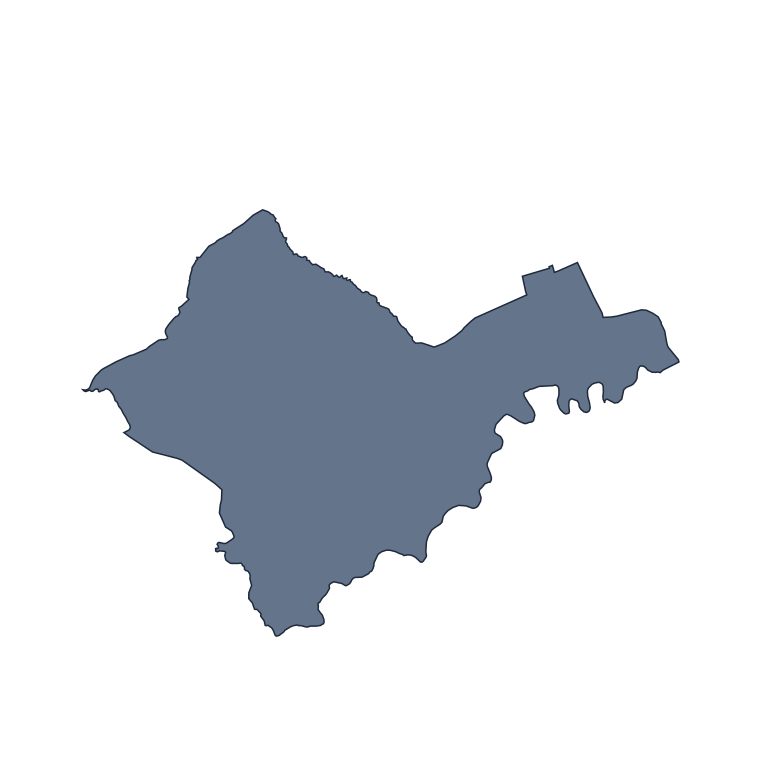 outline of Progreso de Obregón, Hidalgo, Mexico, rotated 250°
{"feature_id": "50627088B79167311064523", "entity_name": "Progreso de Obregón", "entity_type": "district", "adm_level": 2, "iso_a3": "MEX", "parent_name": "Mexico", "parent_adm1": "Hidalgo", "projection": "mercator", "projection_center": [-99.182, 20.304], "detail": "fine", "context": "isolated", "style": "filled", "palette": "slate", "viewbox_px": 768, "rotation_deg": 250, "n_neighbors": 0, "source": "geoboundaries", "source_scale": "gbopen_adm2", "svg_char_len": 6169}
<svg xmlns="http://www.w3.org/2000/svg" viewBox="0 0 768 768"><g transform="rotate(250 384 384)"><path d="M565.7,339.5L570.4,339.7L571.7,339.3L573.7,337.7L575.0,337.6L576.3,338.9L578.2,338.1L580.7,337.7L582.6,335.6L584.0,335.1L586.2,333.2L589.2,329.5L587.4,318.8L582.7,307.1L579.9,294.5L578.7,293.3L577.8,290.2L578.0,288.7L576.5,282.4L576.3,279.1L575.6,276.0L574.4,273.7L573.4,266.6L565.9,254.4L567.0,251.3L566.7,251.1L565.1,251.7L564.1,249.2L562.9,248.4L559.1,243.5L557.1,242.6L551.3,238.4L548.7,237.3L547.6,236.2L546.0,236.0L540.9,232.4L533.2,228.5L530.3,229.7L526.5,220.5L525.8,217.3L524.2,216.8L521.3,216.8L519.9,215.6L518.4,213.3L518.5,211.5L517.5,209.0L513.6,202.2L510.6,198.1L508.8,196.7L506.7,196.1L501.6,196.5L500.7,195.6L500.8,192.6L501.9,189.8L502.2,187.1L499.5,176.2L498.0,172.7L497.2,157.7L497.6,154.7L496.5,139.7L494.4,125.5L493.8,123.0L490.3,115.6L487.2,111.6L481.6,106.5L480.7,105.2L480.3,103.7L480.4,101.3L481.6,99.1L480.0,99.8L478.9,101.2L478.9,104.3L478.6,105.8L477.2,106.4L476.8,108.2L477.8,110.8L477.2,113.3L475.6,113.5L474.6,113.2L473.9,114.1L474.2,115.9L474.0,118.4L474.7,120.8L474.0,122.2L471.8,124.2L467.3,125.6L464.5,126.0L460.3,125.7L458.3,127.0L453.6,127.2L449.8,128.5L446.2,128.8L440.5,130.0L436.6,130.3L433.2,131.0L431.6,131.0L429.9,130.8L428.0,128.8L427.3,123.0L421.8,126.6L399.3,143.2L384.9,164.2L381.5,168.2L348.4,191.1L340.1,195.5L330.6,191.6L326.4,188.8L319.1,185.2L303.8,186.2L298.4,190.3L296.7,190.8L292.1,191.0L290.9,190.2L290.2,188.9L288.3,181.2L288.8,179.1L291.6,174.8L291.5,173.5L290.4,172.3L288.1,172.8L286.8,172.4L286.4,171.2L287.0,170.2L286.9,169.5L284.6,168.7L283.3,170.0L283.4,172.6L281.2,177.0L280.5,177.5L279.8,177.5L277.3,175.7L273.5,175.2L272.3,175.4L268.5,178.0L267.6,179.2L265.2,185.7L264.9,187.7L264.3,188.5L262.7,189.1L262.0,188.9L260.1,190.2L257.7,189.6L256.1,190.1L255.4,191.4L254.1,192.4L251.1,192.9L248.6,192.3L247.1,191.4L240.0,190.7L234.1,185.6L228.6,183.5L223.3,185.4L216.8,185.3L216.2,185.8L215.8,187.3L215.0,187.9L210.7,189.6L209.5,189.7L208.8,189.0L208.0,188.7L202.4,190.4L197.8,189.8L197.2,190.5L196.9,192.5L193.1,195.1L189.4,195.8L185.5,195.7L183.9,196.5L183.6,199.4L185.3,204.9L186.5,206.7L187.8,213.1L187.9,216.3L187.2,220.1L186.0,221.3L185.4,223.3L182.5,227.4L181.7,229.3L181.7,231.9L179.6,237.8L178.8,242.0L179.3,243.5L179.4,245.1L180.6,246.2L183.3,247.0L187.9,247.0L191.6,245.7L194.2,245.1L195.6,245.2L197.7,246.4L199.9,246.7L200.7,247.6L200.7,248.7L203.3,251.9L204.8,254.3L205.6,256.6L207.4,259.2L210.5,262.8L213.5,263.6L214.1,264.1L214.9,265.9L215.3,269.2L211.0,276.1L208.0,278.5L207.4,279.3L208.0,283.1L209.1,284.9L211.0,286.8L211.9,288.7L212.2,290.4L210.0,297.3L211.0,304.6L212.3,306.6L212.4,308.4L214.5,310.7L216.8,312.4L218.2,312.8L220.0,314.1L225.4,319.5L226.0,320.2L227.2,324.4L227.0,329.7L225.7,332.8L222.6,337.4L219.2,340.8L217.8,342.8L216.0,344.0L215.4,347.6L214.0,350.8L211.4,353.5L210.0,354.5L204.2,357.4L203.6,358.9L204.0,360.2L207.0,364.4L208.1,365.2L211.7,365.8L221.2,369.9L225.8,373.4L230.4,378.8L231.6,382.2L233.1,388.8L234.2,391.1L239.4,394.4L241.3,397.1L243.2,400.9L244.4,406.3L244.4,412.7L241.4,419.4L237.0,424.7L236.5,426.1L236.5,428.8L237.4,430.8L239.2,432.9L240.9,434.7L243.9,436.3L250.2,436.6L252.1,437.7L253.1,440.2L255.8,444.8L255.9,448.4L255.5,450.4L257.3,452.1L259.3,452.9L263.1,453.2L271.9,452.9L274.2,453.9L275.8,455.3L281.5,461.0L282.0,462.1L283.4,471.7L286.1,474.3L289.5,476.0L291.6,476.1L294.8,475.5L299.3,472.0L300.5,471.5L303.2,472.1L307.7,475.4L313.1,485.8L313.6,488.3L313.4,489.4L311.0,492.0L302.5,498.5L298.9,502.3L298.2,504.2L298.3,506.9L297.8,510.2L298.5,512.0L303.1,515.1L306.5,515.5L311.7,514.7L315.8,513.4L324.1,511.7L326.9,511.9L327.7,512.2L328.4,513.3L328.4,516.8L329.1,519.0L328.6,522.1L328.7,528.9L324.7,542.1L324.4,544.9L322.2,546.7L319.7,546.7L314.6,544.9L312.4,543.7L309.4,541.3L306.2,540.6L300.9,540.7L298.5,541.4L294.9,543.2L293.6,544.7L293.4,547.8L294.5,548.7L300.7,550.3L304.5,552.0L305.9,554.0L305.7,555.4L302.0,560.0L299.0,560.4L295.7,559.7L292.6,560.5L289.5,562.3L288.2,564.2L287.9,565.4L288.6,567.8L291.0,569.6L295.8,570.6L302.6,571.2L307.5,572.6L308.9,573.4L310.5,575.0L312.6,579.4L312.8,582.2L312.1,586.6L310.0,588.6L308.6,589.2L307.2,589.2L301.7,587.5L297.3,585.4L294.5,584.7L290.7,585.0L292.2,585.5L293.3,586.7L293.6,588.3L287.2,594.2L286.6,597.6L288.4,602.2L295.8,606.8L296.8,607.7L298.0,610.8L298.2,616.0L298.6,617.9L300.6,621.5L303.0,623.8L308.6,626.2L312.1,628.9L313.1,630.4L313.2,631.5L311.7,634.2L309.8,635.5L306.8,636.7L303.2,640.2L302.7,642.2L302.1,642.9L301.6,645.5L300.2,647.4L301.6,650.7L303.8,668.7L306.3,668.9L320.5,663.9L322.6,663.5L326.1,663.8L337.9,665.9L345.5,665.1L347.3,665.5L353.3,664.6L358.5,660.8L363.5,655.9L365.6,651.5L368.1,626.1L369.2,620.6L371.7,612.6L375.8,613.2L378.0,613.0L394.2,610.8L432.0,607.3L430.6,586.3L430.6,582.3L437.9,582.8L437.7,579.2L436.2,579.0L437.9,550.9L422.3,548.7L418.9,548.7L414.9,492.2L413.1,487.0L409.4,478.4L407.6,475.6L404.8,467.5L401.8,455.0L401.5,443.8L409.7,433.5L411.6,427.6L415.3,425.8L418.5,426.5L419.9,425.5L422.4,424.5L425.6,423.6L428.1,423.4L428.9,422.5L430.6,421.8L431.3,420.8L433.8,419.8L438.4,418.6L442.8,418.9L443.7,418.1L444.4,416.2L447.7,415.4L448.9,414.3L452.3,414.2L453.6,413.3L458.8,407.2L460.0,406.7L462.1,407.0L462.4,405.7L463.1,405.4L464.1,405.4L464.9,406.0L467.5,406.4L469.6,405.4L472.2,402.1L474.2,400.7L475.3,400.7L476.5,399.4L477.2,398.4L476.7,396.5L477.4,395.0L478.7,394.2L480.4,393.8L483.4,391.6L486.2,390.9L488.6,389.3L490.4,389.0L491.7,387.6L493.5,388.0L493.8,387.6L493.9,384.9L494.5,384.5L495.4,384.5L496.3,385.3L496.8,382.1L497.4,381.7L500.3,381.7L500.4,381.2L499.5,379.0L499.7,378.1L502.5,376.7L502.1,374.0L502.4,373.5L504.6,373.0L506.9,371.6L508.3,370.3L509.5,367.0L512.7,366.9L515.1,364.5L519.8,361.1L520.6,357.7L523.3,356.4L525.7,355.9L526.4,354.1L527.0,353.7L528.4,354.5L529.3,354.5L530.1,354.0L530.8,353.3L531.0,352.4L530.6,351.4L531.3,349.8L533.7,347.1L535.4,346.9L536.0,346.5L536.5,345.2L536.4,343.6L536.8,343.2L539.4,343.5L542.8,341.9L545.4,341.4L546.2,340.7L548.4,341.0L550.7,340.2L551.8,340.4L553.5,341.9L554.6,342.3L555.5,340.4L557.2,339.7L560.7,339.7L563.1,338.7L565.7,339.5Z" fill="#64748b" stroke="#1e293b" stroke-width="1.5"/></g></svg>